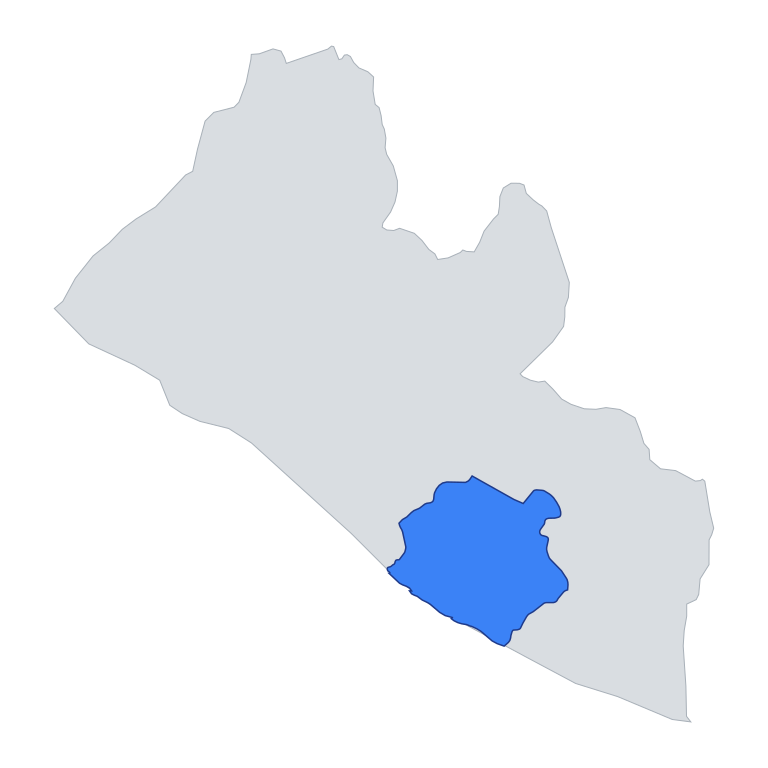 where Sinoe sits in Liberia
{"feature_id": "LBR-782", "entity_name": "Sinoe", "entity_type": "County", "adm_level": 1, "iso_a3": "LBR", "parent_name": "Liberia", "parent_adm1": "", "projection": "albers", "projection_center": [-8.843, 5.349], "detail": "fine", "context": "in_parent", "style": "filled", "palette": "blue", "viewbox_px": 768, "rotation_deg": 0, "n_neighbors": 0, "source": "natural_earth", "source_scale": "10m", "svg_char_len": 4175}
<svg xmlns="http://www.w3.org/2000/svg" viewBox="0 0 768 768"><path d="M54.3,308.5L62.8,301.3L75.4,278.2L93.0,256.0L109.3,242.9L122.3,229.3L136.0,219.0L155.6,206.9L185.6,175.0L192.7,171.3L197.5,149.2L205.1,121.1L213.8,112.4L234.1,107.2L238.9,102.3L246.2,82.5L250.9,59.4L251.3,54.4L259.3,53.8L273.0,48.9L281.0,51.1L284.5,57.8L286.3,63.4L327.8,49.1L331.5,46.1L333.7,46.6L338.9,59.6L341.9,58.8L344.4,55.1L347.2,54.7L350.4,56.5L353.7,62.5L358.9,67.9L367.9,71.8L373.6,77.0L373.0,90.9L375.2,104.4L379.1,107.6L381.1,115.6L382.2,124.5L384.3,129.1L385.9,138.1L385.1,147.7L386.7,154.4L393.3,166.0L397.4,180.7L397.4,191.1L395.0,202.0L390.6,212.0L382.9,222.9L382.2,227.2L386.8,230.0L393.8,230.5L399.6,228.3L414.3,233.3L422.0,240.5L428.8,249.4L434.9,253.9L437.7,259.5L448.1,257.9L460.3,252.5L462.8,250.0L466.4,251.4L474.2,251.9L479.7,242.2L484.1,231.1L493.5,219.0L498.2,214.3L499.4,206.6L499.9,196.6L503.3,188.0L511.1,183.2L519.5,183.3L524.0,185.0L526.3,193.4L533.1,199.8L538.8,204.2L541.9,206.0L546.7,211.0L551.3,227.8L569.3,282.4L568.4,297.4L564.9,307.2L564.8,316.9L563.6,326.4L552.6,341.9L520.1,373.8L522.7,376.6L530.4,380.2L538.3,382.1L544.8,381.1L552.9,389.1L561.7,399.1L571.0,404.3L584.3,408.8L596.0,409.3L606.0,407.6L620.0,409.5L635.0,417.8L640.3,431.5L643.9,443.4L649.1,449.4L649.8,459.7L660.5,468.8L675.6,470.6L695.3,481.1L700.3,480.6L702.4,479.2L704.8,481.2L709.8,511.9L713.7,528.2L711.7,534.7L709.1,539.9L709.0,564.7L700.1,578.9L698.7,594.5L696.2,599.6L686.7,604.1L686.7,616.1L684.2,630.6L683.2,646.0L685.9,686.2L686.5,716.3L690.8,721.9L672.3,719.5L617.7,696.6L575.7,683.5L435.2,608.5L396.2,578.4L351.3,533.5L251.5,443.0L228.7,428.5L200.0,421.4L182.3,413.6L169.8,405.3L159.7,380.2L134.8,365.2L88.8,343.9L54.3,308.5Z" fill="#d9dde1" stroke="#a8b0b8" stroke-width="1"/><path d="M504.1,646.1L497.1,643.6L492.1,640.9L480.9,631.3L476.7,628.7L471.7,626.4L470.0,626.0L466.7,624.6L461.8,623.8L457.8,622.6L454.1,620.8L451.3,618.7L451.8,618.4L452.0,618.1L452.3,617.5L445.2,615.6L439.6,612.3L430.3,604.3L427.8,602.7L422.2,600.0L417.2,596.3L414.3,595.2L411.6,593.8L409.5,590.9L411.6,590.9L409.5,588.0L406.2,586.2L402.7,584.9L399.5,583.2L389.2,573.5L389.4,573.5L389.8,573.1L389.9,572.9L389.8,572.6L389.5,572.2L388.1,571.1L387.9,570.9L387.7,570.7L387.6,570.4L387.4,569.8L387.3,568.8L387.4,568.3L387.4,568.0L387.7,567.7L388.0,567.4L390.4,566.7L390.9,566.4L391.3,566.2L391.5,566.0L392.6,565.0L393.1,564.7L394.0,564.3L394.4,563.8L394.8,563.1L395.2,561.5L395.6,560.7L396.0,560.2L396.9,559.9L397.5,559.8L398.1,559.8L398.6,559.8L398.8,559.8L399.1,559.7L399.7,559.1L404.2,553.1L404.9,551.8L405.6,549.0L405.8,547.7L405.8,546.8L402.6,532.0L401.7,529.6L400.5,527.6L399.6,525.5L399.0,523.2L402.4,519.6L406.8,517.0L411.4,512.5L413.9,510.6L418.4,508.7L419.8,508.0L424.8,504.1L426.8,503.3L430.3,502.8L431.8,502.2L433.1,501.0L433.7,499.2L434.1,494.7L434.6,492.7L436.5,488.8L439.2,485.4L442.6,483.0L446.9,482.0L465.5,482.4L468.1,481.1L469.7,479.6L472.1,476.0L514.0,499.5L523.2,503.5L533.5,490.9L534.0,490.5L535.1,490.1L536.7,489.9L541.8,490.3L543.3,490.5L544.5,491.0L549.4,494.0L551.3,495.5L553.5,497.7L556.6,502.2L559.1,506.7L560.0,509.2L560.6,511.6L560.7,512.7L560.7,514.4L560.6,515.0L560.4,515.6L560.1,516.1L559.7,516.6L559.1,516.9L558.5,517.2L555.8,517.9L554.5,518.1L549.2,518.2L548.5,518.3L547.3,518.6L546.7,518.8L546.1,519.2L545.6,519.6L545.3,520.1L545.0,520.7L544.8,521.3L544.6,523.1L544.4,523.6L544.2,524.2L540.8,528.9L540.1,530.1L539.8,530.8L539.7,531.4L539.7,532.2L539.8,533.1L540.5,534.4L541.2,535.0L541.8,535.4L544.3,536.0L546.6,536.7L547.4,537.3L548.0,537.9L548.2,538.5L548.3,539.1L548.3,539.7L548.0,541.4L546.7,547.3L546.6,549.4L547.1,551.9L548.5,556.1L549.3,558.0L550.2,559.2L561.5,570.8L566.4,578.3L567.1,579.6L567.8,582.2L568.0,584.8L567.6,589.9L565.5,590.6L564.2,591.4L563.3,592.3L558.2,598.4L556.9,600.7L556.3,601.3L555.5,601.9L554.2,602.4L553.3,602.6L546.4,602.6L545.1,602.8L544.5,603.0L543.9,603.3L533.3,611.6L528.5,614.3L527.7,615.2L526.6,616.6L522.9,623.1L520.6,627.9L520.2,628.5L519.5,629.1L518.1,629.6L517.3,629.8L513.3,630.1L512.7,630.6L512.1,631.5L510.9,635.6L510.6,638.0L509.8,640.5L508.4,642.4L504.2,646.1L504.1,646.1Z" fill="#3b82f6" stroke="#1e3a8a" stroke-width="1.5"/></svg>